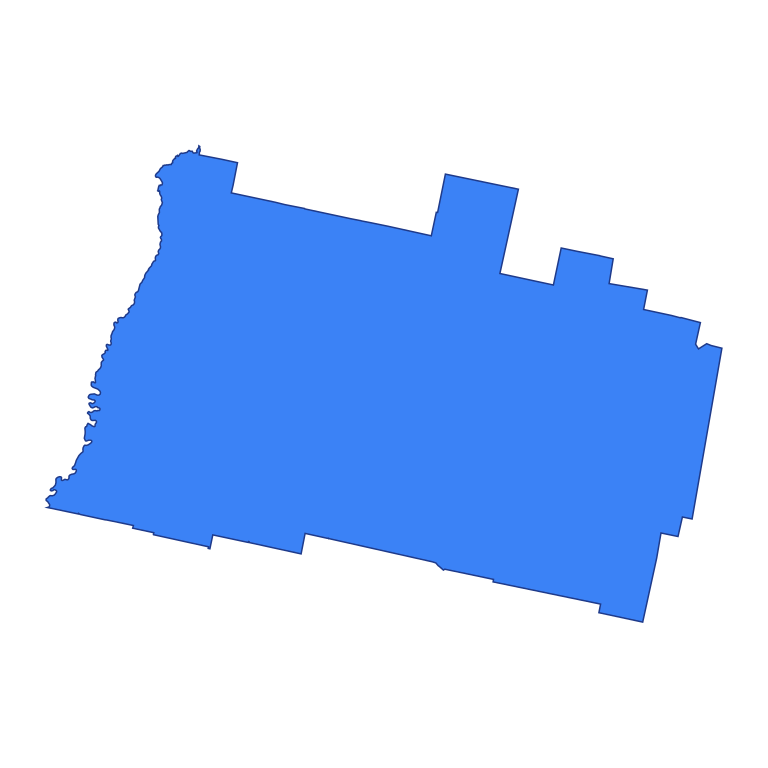 Cruz Alta, Tucumán, Argentina (orthographic projection)
{"feature_id": "61730980B32203515925344", "entity_name": "Cruz Alta", "entity_type": "district", "adm_level": 2, "iso_a3": "ARG", "parent_name": "Argentina", "parent_adm1": "Tucumán", "projection": "orthographic", "projection_center": [-65.189, -26.91], "detail": "fine", "context": "isolated", "style": "filled", "palette": "blue", "viewbox_px": 768, "rotation_deg": 0, "n_neighbors": 0, "source": "geoboundaries", "source_scale": "gbopen_adm2", "svg_char_len": 5930}
<svg xmlns="http://www.w3.org/2000/svg" viewBox="0 0 768 768"><path d="M721.9,348.2L711.1,345.5L706.7,343.7L698.5,348.9L695.6,344.2L700.4,322.6L680.9,317.5L680.3,317.8L671.6,315.5L643.6,309.5L647.4,290.1L609.1,283.6L613.2,258.8L600.1,255.9L599.9,255.7L577.5,251.4L561.2,248.0L553.4,285.0L499.9,273.5L518.4,189.2L445.4,174.1L437.6,212.5L436.3,212.3L431.3,235.8L387.8,226.2L370.7,222.7L361.4,220.9L360.9,220.7L350.7,218.7L304.8,208.9L304.6,208.5L284.8,204.6L275.5,202.3L231.3,192.9L233.1,185.2L237.5,162.7L221.8,159.3L199.2,154.9L199.5,151.9L200.1,151.2L200.2,149.6L199.6,147.7L199.8,146.5L198.9,145.9L198.9,146.7L198.3,148.2L197.6,148.9L196.6,150.8L196.6,151.2L197.1,152.1L196.9,152.7L193.8,153.1L192.9,152.6L192.3,151.3L190.3,151.3L189.6,150.7L189.0,150.5L187.7,151.6L187.0,152.4L182.7,153.4L181.6,153.1L180.3,153.5L179.9,154.2L178.3,156.4L177.9,156.4L177.9,155.7L177.5,155.3L176.8,155.9L175.7,156.4L175.5,157.0L175.5,158.4L175.3,158.5L174.5,158.5L174.1,159.2L173.0,160.3L172.6,161.2L172.7,162.6L172.3,162.7L172.1,163.2L171.4,163.8L171.3,164.5L169.0,164.6L168.1,165.0L166.9,164.8L165.7,165.2L165.1,165.1L164.4,165.2L163.8,165.6L163.2,165.5L162.3,167.1L160.5,168.5L159.0,171.3L156.3,173.8L155.5,175.2L155.5,176.2L156.0,177.1L156.4,177.3L157.3,177.1L158.8,177.5L160.0,178.5L161.8,181.4L162.4,182.7L162.4,183.5L162.1,184.6L161.8,185.0L160.7,184.9L160.2,185.6L159.3,185.3L158.7,186.5L158.0,189.6L158.0,190.4L157.7,190.8L158.4,191.3L159.3,190.9L159.5,191.1L159.7,191.9L159.7,193.3L160.0,194.3L160.7,195.7L161.1,196.0L161.6,197.4L161.7,198.3L161.3,199.3L161.3,199.7L162.4,202.7L161.6,205.2L160.3,206.7L159.9,208.1L159.3,209.1L159.4,212.6L158.3,214.7L157.8,216.4L158.2,224.3L158.9,225.4L158.5,226.6L158.4,227.9L160.3,231.3L160.9,232.0L161.5,232.3L161.9,233.8L161.8,235.5L161.4,236.1L160.7,236.7L160.4,237.4L160.7,238.3L161.4,239.2L161.5,240.9L160.5,242.1L160.1,243.7L160.0,244.5L160.5,246.7L160.4,248.0L159.9,248.9L158.7,250.1L158.2,251.5L158.7,253.6L158.6,253.9L158.0,254.8L156.8,255.2L156.0,255.9L155.5,256.9L155.3,257.9L155.5,260.4L155.1,260.8L153.8,261.2L153.5,261.5L151.9,264.1L151.7,264.8L151.7,265.3L151.4,265.9L149.3,268.1L148.4,269.4L148.6,269.9L148.4,270.2L145.8,273.2L144.9,275.1L144.6,276.4L144.7,277.0L144.3,278.1L142.8,280.2L141.8,282.4L140.5,283.6L140.0,284.3L138.4,290.6L137.8,291.6L137.1,292.1L136.5,292.2L135.7,293.0L134.9,294.4L134.9,295.3L135.4,296.9L134.2,300.2L134.5,300.9L134.5,302.9L134.2,303.7L133.2,304.9L131.5,305.7L130.4,307.4L128.6,308.7L128.2,309.2L129.0,311.2L129.1,311.9L127.6,313.8L125.7,315.1L125.2,316.3L124.4,317.2L123.1,317.8L121.9,317.7L121.2,317.5L120.2,317.6L118.6,318.2L118.1,318.5L117.8,319.5L117.8,320.4L118.1,321.5L117.8,322.6L117.4,322.8L116.6,322.9L116.3,322.4L115.4,322.1L114.6,322.4L114.0,323.0L113.9,325.0L114.6,326.7L114.7,327.7L114.2,329.5L112.6,331.6L112.0,333.5L111.1,335.6L111.0,337.3L111.2,338.0L111.3,339.0L110.8,340.5L110.7,341.5L111.3,343.0L110.9,344.6L110.5,345.0L110.0,345.1L108.6,344.9L107.5,344.4L106.8,344.5L106.4,344.9L106.3,346.1L107.7,349.1L107.9,349.9L107.7,350.4L107.4,350.4L106.3,350.2L105.7,350.4L105.1,351.5L105.3,352.1L105.2,352.7L104.1,353.8L102.3,354.8L101.8,355.7L102.1,357.3L103.1,358.8L103.5,359.5L103.5,360.1L102.3,361.1L101.3,362.4L101.2,364.8L101.3,365.7L101.1,366.4L100.5,367.7L99.9,368.6L98.4,369.9L97.6,371.2L96.4,371.9L95.9,372.5L95.5,374.8L95.7,375.3L95.0,378.5L95.3,379.8L95.5,382.5L95.2,382.8L94.5,382.7L93.1,381.8L92.4,382.1L91.7,382.0L91.4,382.3L91.2,384.9L91.4,385.6L91.7,386.1L93.2,387.3L97.6,389.0L98.3,389.5L100.1,391.3L100.5,392.7L100.2,394.1L99.1,395.0L98.3,395.2L97.2,395.1L94.4,393.9L90.7,394.3L89.8,394.6L89.0,395.4L88.3,396.8L88.3,397.5L89.0,398.5L90.8,399.1L92.1,399.8L94.2,400.0L94.9,400.5L95.2,401.1L95.1,401.6L94.3,402.7L92.8,403.6L92.1,403.6L90.6,402.8L89.6,403.0L89.1,403.3L89.0,403.7L89.1,404.3L90.7,407.0L91.6,407.6L92.7,407.9L94.1,407.3L95.0,406.7L96.4,406.6L97.3,407.0L97.7,407.6L99.0,407.9L99.8,408.4L100.0,409.0L99.8,410.0L99.2,410.6L98.0,410.4L97.6,410.7L96.7,410.9L95.7,410.6L94.4,410.7L93.5,411.1L92.6,412.0L91.1,412.5L90.1,412.4L88.9,411.6L88.2,412.0L87.6,412.7L87.6,413.3L88.9,414.3L90.0,415.6L90.2,416.2L90.3,418.5L91.1,419.9L91.9,420.4L92.8,420.5L95.2,420.3L96.1,420.8L96.5,421.6L96.5,422.1L96.1,423.0L95.2,424.2L95.0,426.2L94.6,426.6L93.8,426.6L92.9,426.2L92.2,426.0L90.3,424.5L89.4,424.2L88.5,423.5L88.0,423.4L87.2,424.6L86.6,426.5L85.6,426.8L84.9,428.1L85.2,431.8L85.1,434.1L84.3,438.2L85.3,440.5L85.6,440.9L86.4,441.0L88.8,440.2L90.6,440.2L91.2,440.4L91.7,440.9L91.8,441.8L90.8,443.1L88.3,444.8L86.6,445.4L84.8,445.2L84.0,445.9L83.1,447.8L82.9,449.3L83.1,450.9L82.9,451.8L80.7,453.6L78.9,455.6L76.3,460.3L75.6,462.7L74.5,465.6L72.5,467.4L72.2,468.6L72.8,469.4L73.8,469.5L75.7,469.3L76.3,469.9L76.3,471.1L75.3,473.0L74.0,473.8L71.5,474.3L69.8,475.1L69.2,475.7L69.1,476.2L68.9,477.0L69.1,477.7L68.8,478.6L68.0,479.6L67.2,479.9L64.9,479.3L63.1,480.3L62.3,480.5L61.8,480.4L61.5,480.2L61.4,479.7L61.5,477.5L61.1,477.0L60.5,476.8L59.7,476.7L58.1,477.1L56.9,477.9L56.2,478.5L55.9,479.4L56.0,482.5L55.3,485.2L52.9,487.8L51.2,488.5L50.4,489.6L50.3,490.1L50.5,490.5L51.4,490.9L52.9,490.6L54.0,489.6L54.5,489.7L55.7,490.2L56.4,490.7L56.6,491.3L56.6,491.9L55.2,494.1L54.1,495.2L52.2,495.8L50.6,495.6L49.8,495.8L48.3,497.1L47.9,497.7L46.2,498.9L46.1,499.7L46.2,500.5L47.8,501.7L48.4,502.8L49.1,503.6L49.7,504.9L49.5,506.3L48.9,507.0L47.3,507.5L78.4,514.0L78.5,513.4L80.0,514.4L80.4,514.5L105.4,519.9L105.7,519.8L111.7,521.0L133.4,525.5L132.7,528.2L153.8,532.7L153.4,534.4L153.5,534.7L208.5,546.8L208.2,548.4L209.9,548.8L212.8,534.9L248.0,542.4L248.7,541.5L249.1,541.7L249.0,542.5L301.1,553.9L305.1,533.4L326.9,538.2L328.0,538.3L328.4,538.6L328.6,538.3L329.3,538.7L432.3,561.8L435.8,562.9L438.3,565.8L439.1,566.3L443.4,570.1L444.8,569.2L493.5,579.4L493.1,581.9L600.6,604.1L598.9,612.7L642.7,622.1L656.7,558.0L661.0,533.0L678.0,536.5L682.4,517.0L692.1,519.0L721.9,348.2Z" fill="#3b82f6" stroke="#1e3a8a" stroke-width="1.5"/></svg>